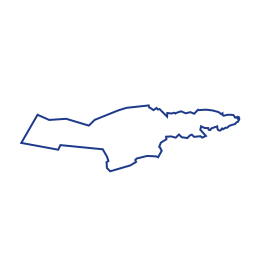 Peshku, Bukhoro, Uzbekistan, rotated 315°
{"feature_id": "79887680B78868749126062", "entity_name": "Peshku", "entity_type": "district", "adm_level": 2, "iso_a3": "UZB", "parent_name": "Uzbekistan", "parent_adm1": "Bukhoro", "projection": "mercator", "projection_center": [63.754, 40.677], "detail": "fine", "context": "isolated", "style": "outline", "palette": "blue", "viewbox_px": 256, "rotation_deg": 315, "n_neighbors": 0, "source": "geoboundaries", "source_scale": "gbopen_adm2", "svg_char_len": 1370}
<svg xmlns="http://www.w3.org/2000/svg" viewBox="0 0 256 256"><g transform="rotate(315 128 128)"><path d="M177.5,188.7L177.9,180.4L180.9,178.5L182.2,182.2L184.7,184.8L183.8,186.3L184.7,187.6L186.6,187.2L192.2,189.9L190.6,192.0L190.4,193.4L191.0,194.7L192.5,195.3L193.8,194.7L194.4,195.0L194.7,196.3L197.1,196.7L198.2,197.9L201.1,198.1L203.8,199.4L206.7,200.9L208.7,200.7L209.8,201.3L211.7,200.9L213.2,200.3L214.0,198.6L213.6,197.8L212.2,198.4L212.2,197.0L211.1,196.3L211.7,193.9L211.4,193.0L210.5,191.8L207.7,189.0L205.3,187.6L204.2,186.8L204.1,185.7L205.2,184.4L203.7,184.0L203.3,180.8L200.3,175.5L196.1,170.2L190.6,165.3L190.4,164.6L184.9,164.7L183.3,160.9L179.2,158.4L177.3,153.7L172.9,151.5L171.8,151.3L171.5,149.9L169.0,148.5L166.4,145.2L163.7,147.6L163.7,136.9L162.2,136.0L162.3,134.0L158.7,133.4L158.2,130.4L157.5,128.6L158.6,126.7L141.1,112.6L133.2,108.5L110.2,98.7L102.0,98.6L90.8,77.8L78.0,66.6L73.4,54.7L42.0,63.1L63.3,94.0L68.1,92.3L95.1,125.2L92.8,133.6L90.8,137.5L88.7,137.0L84.8,141.4L84.8,146.0L103.2,156.1L109.7,157.7L110.5,155.8L112.5,155.7L121.8,161.3L128.0,168.2L128.6,170.0L135.8,167.9L136.1,166.2L136.8,165.2L136.7,163.4L140.9,161.6L147.3,163.1L148.8,161.1L152.6,164.5L154.9,168.6L159.4,168.6L159.5,172.6L162.9,177.1L166.3,177.0L168.4,177.8L168.5,181.0L173.4,185.0L173.6,187.2L177.5,188.7Z" fill="none" stroke="#1e3a8a" stroke-width="2"/></g></svg>